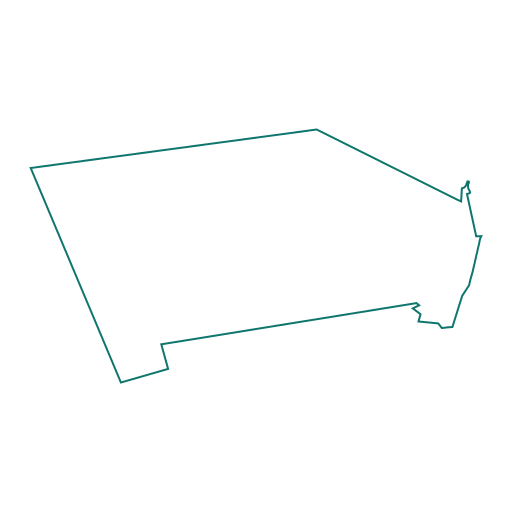 outline of San Felipe de Jesús, Sonora, Mexico
{"feature_id": "50627088B39189981083600", "entity_name": "San Felipe de Jesús", "entity_type": "district", "adm_level": 2, "iso_a3": "MEX", "parent_name": "Mexico", "parent_adm1": "Sonora", "projection": "natural_earth1", "projection_center": [-110.249, 29.87], "detail": "fine", "context": "isolated", "style": "outline", "palette": "teal", "viewbox_px": 512, "rotation_deg": 0, "n_neighbors": 0, "source": "geoboundaries", "source_scale": "gbopen_adm2", "svg_char_len": 974}
<svg xmlns="http://www.w3.org/2000/svg" viewBox="0 0 512 512"><path d="M120.9,382.5L168.1,368.9L161.3,344.3L416.5,303.1L419.1,305.3L412.8,308.4L420.5,314.2L418.5,321.5L438.2,323.4L441.8,328.0L445.0,327.7L446.9,327.4L452.4,327.0L462.2,295.8L466.8,288.8L469.1,285.2L470.3,279.9L472.7,271.5L473.3,268.8L474.2,264.9L474.8,262.5L475.5,259.1L475.8,258.0L476.1,256.7L476.4,255.0L476.6,254.2L476.8,253.7L477.1,252.6L477.6,249.9L477.9,248.7L478.2,247.4L478.4,246.5L478.7,245.4L479.0,244.1L479.2,243.1L479.5,241.5L479.7,240.5L479.9,239.7L480.1,238.9L480.5,237.8L480.7,237.3L481.3,236.2L476.2,236.3L467.0,194.0L469.6,193.2L470.1,192.5L469.9,191.7L469.4,190.5L468.6,189.1L468.2,187.9L468.0,186.0L468.1,184.7L468.9,182.7L468.8,181.6L467.5,181.4L467.3,182.0L466.7,183.4L466.2,185.1L465.5,186.1L464.9,186.8L463.9,187.7L461.9,188.3L461.1,201.4L457.7,199.9L316.6,129.5L60.3,164.0L54.6,164.8L30.7,168.0L86.6,300.9L89.8,308.4L120.9,382.5Z" fill="none" stroke="#0f766e" stroke-width="2"/></svg>